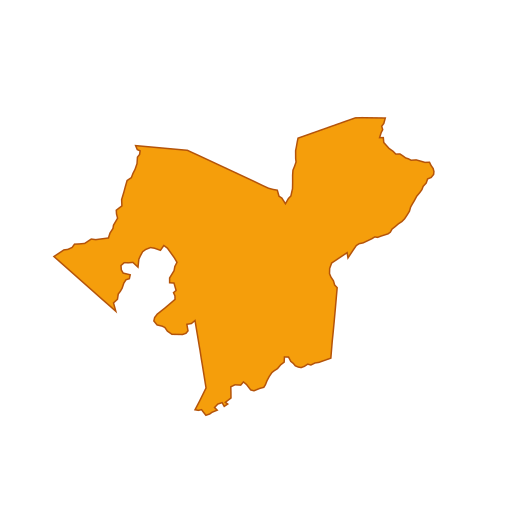 outline of Belo Jardim, Pernambuco, Brazil, rotated 344°
{"feature_id": "56859067B61802713407079", "entity_name": "Belo Jardim", "entity_type": "district", "adm_level": 2, "iso_a3": "BRA", "parent_name": "Brazil", "parent_adm1": "Pernambuco", "projection": "mercator", "projection_center": [-36.415, -8.268], "detail": "fine", "context": "isolated", "style": "filled", "palette": "amber", "viewbox_px": 512, "rotation_deg": 344, "n_neighbors": 0, "source": "geoboundaries", "source_scale": "gbopen_adm2", "svg_char_len": 2970}
<svg xmlns="http://www.w3.org/2000/svg" viewBox="0 0 512 512"><g transform="rotate(344 256 256)"><path d="M219.2,135.5L199.6,127.9L170.7,116.7L171.2,121.0L173.6,123.0L172.1,126.3L169.3,128.3L167.1,134.4L163.6,139.4L160.5,142.7L157.8,146.3L152.9,147.9L149.4,153.5L146.9,157.7L142.4,164.7L140.9,170.9L137.2,172.3L134.3,173.5L133.5,177.2L133.4,181.5L127.5,187.1L126.1,190.1L122.0,193.7L119.1,198.0L106.4,196.1L102.3,194.3L94.8,196.7L89.5,195.7L84.8,194.6L81.6,197.1L77.0,197.8L73.0,197.2L61.6,200.8L89.9,245.3L95.6,254.3L102.0,264.2L106.0,270.5L106.1,261.8L110.9,259.4L113.1,254.6L115.9,252.5L118.4,250.1L121.5,245.6L124.5,243.0L128.0,242.9L129.9,239.4L123.6,235.8L122.7,232.3L123.6,227.9L127.5,226.1L131.6,227.4L135.9,228.2L139.5,234.2L142.5,226.8L144.7,224.2L148.2,220.6L151.8,219.3L156.9,218.8L160.5,220.5L165.7,224.2L170.3,220.5L173.0,224.0L177.0,235.2L178.3,240.3L175.1,243.7L173.2,247.5L166.9,253.3L165.6,257.9L169.7,259.4L169.7,267.1L166.6,268.5L167.1,272.0L166.2,275.4L153.9,281.0L145.1,284.6L141.6,287.2L139.9,290.3L141.9,295.0L146.5,297.6L148.7,299.6L150.1,303.8L153.6,308.1L163.7,311.2L167.4,311.0L170.0,309.2L170.7,302.6L175.3,303.1L179.6,301.2L178.5,310.6L177.4,320.4L176.5,328.1L176.2,331.1L175.1,339.7L174.4,345.9L171.6,369.1L161.6,380.1L155.0,387.0L158.1,388.5L161.3,388.7L162.6,392.1L163.9,395.3L168.0,395.1L170.7,394.1L176.2,393.5L174.4,390.2L178.5,387.8L183.0,387.6L184.0,391.8L188.0,390.5L186.2,388.2L192.8,385.6L194.3,380.2L195.7,374.8L200.3,374.0L205.7,375.9L209.2,373.6L211.5,377.0L214.0,383.3L216.9,385.0L223.3,384.3L227.3,384.4L229.5,382.4L232.3,378.8L235.7,375.3L239.2,372.4L241.9,371.3L245.6,370.2L249.7,367.4L253.8,365.8L255.5,360.9L259.4,362.1L260.4,366.9L262.3,369.6L263.5,372.4L266.0,374.4L268.6,375.7L272.1,375.4L275.9,374.2L278.7,375.9L283.3,375.1L287.1,375.6L299.8,374.8L305.7,359.2L309.3,350.2L313.1,340.5L318.6,326.3L325.3,308.8L323.6,305.6L323.6,301.2L322.2,296.8L321.8,293.2L323.4,288.2L326.8,283.6L344.5,277.9L343.9,283.2L350.8,277.3L355.3,273.6L358.5,272.6L362.6,272.9L372.3,271.3L375.4,270.4L378.0,271.6L382.1,271.3L389.1,271.1L391.7,270.1L394.2,267.6L397.9,266.1L401.8,264.3L405.7,263.1L409.1,261.2L412.5,258.3L415.8,255.3L418.1,251.6L420.4,249.3L423.4,246.5L427.0,242.8L430.9,240.2L433.8,237.9L435.9,235.1L439.7,232.8L442.2,229.2L446.0,228.8L449.2,226.6L450.3,223.9L450.4,220.7L449.2,217.1L448.6,213.7L444.2,212.6L441.4,210.8L436.5,207.8L431.5,206.7L429.3,204.6L426.8,202.9L424.9,200.4L422.5,197.6L418.5,196.6L416.6,193.1L413.5,189.2L410.1,182.1L411.0,177.3L407.4,176.3L410.4,171.8L412.6,169.5L412.6,165.9L415.4,163.8L418.3,159.0L396.1,152.3L389.6,150.6L380.9,151.1L328.9,154.3L327.3,157.3L324.7,162.6L323.1,165.7L321.0,173.2L320.4,176.7L317.8,180.4L315.2,183.7L313.5,188.3L311.4,195.7L309.6,201.5L308.2,204.0L306.1,207.9L303.1,209.6L298.7,213.9L296.8,207.4L294.6,204.9L294.6,198.6L290.7,196.7L286.7,194.3L281.7,190.0L274.1,183.2L227.9,143.0L222.4,138.3L219.2,135.5Z" fill="#f59e0b" stroke="#b45309" stroke-width="1.5"/></g></svg>